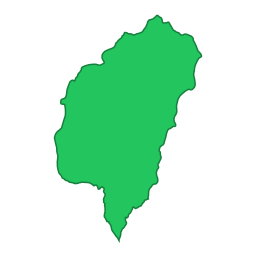 San Juanito, Meta, Colombia (Equal Earth projection)
{"feature_id": "7082276B64905433101217", "entity_name": "San Juanito", "entity_type": "district", "adm_level": 2, "iso_a3": "COL", "parent_name": "Colombia", "parent_adm1": "Meta", "projection": "equal_earth", "projection_center": [-73.664, 4.461], "detail": "fine", "context": "isolated", "style": "filled", "palette": "green", "viewbox_px": 256, "rotation_deg": 0, "n_neighbors": 0, "source": "geoboundaries", "source_scale": "gbopen_adm2", "svg_char_len": 5778}
<svg xmlns="http://www.w3.org/2000/svg" viewBox="0 0 256 256"><path d="M119.6,39.2L117.8,41.0L117.3,41.9L116.7,42.5L116.2,42.8L115.7,43.7L115.0,45.9L114.6,46.5L113.7,47.5L111.0,48.8L108.8,49.5L104.6,51.5L102.9,53.6L102.2,54.9L102.0,57.7L102.6,59.3L103.7,61.3L104.2,61.9L104.2,62.4L104.2,62.8L104.0,63.1L102.8,63.9L100.1,65.2L99.2,65.2L96.4,64.4L94.5,64.2L90.5,64.5L88.4,64.9L85.2,65.8L84.2,66.3L82.8,66.8L81.6,67.8L81.5,68.1L81.4,68.9L81.3,69.7L81.0,70.4L80.2,71.5L79.8,72.2L78.5,73.4L78.0,74.2L77.7,75.4L77.4,76.4L77.0,76.9L76.5,77.1L75.9,77.9L75.2,79.5L75.0,80.5L74.6,81.0L74.4,81.1L73.9,80.9L73.4,80.4L72.2,80.2L70.2,81.5L69.9,82.1L69.5,82.9L68.9,84.6L68.2,86.3L67.1,89.6L66.5,94.5L65.9,96.6L65.6,97.4L64.5,98.3L63.9,98.6L61.8,99.3L61.6,99.5L61.1,100.0L60.8,101.3L60.7,102.5L60.9,103.4L61.0,103.6L61.2,103.8L61.9,104.1L63.7,104.2L64.4,104.4L64.6,104.6L64.9,105.3L65.4,109.3L65.5,112.4L65.3,116.0L64.9,116.8L63.5,121.3L62.8,124.0L62.4,125.0L61.8,127.3L61.4,128.1L60.9,128.7L60.1,129.3L58.9,130.5L57.4,131.5L56.6,132.8L55.7,133.9L55.1,135.5L54.5,137.5L54.6,138.5L54.8,139.5L55.8,144.0L56.4,146.3L56.7,147.6L56.8,149.2L56.8,150.8L57.1,152.7L57.3,153.8L57.7,154.8L57.9,155.9L57.9,156.6L57.8,157.5L57.3,161.6L57.4,166.3L58.0,169.5L58.8,172.4L59.2,173.4L59.6,173.9L61.1,175.4L62.3,177.9L62.5,178.1L64.1,178.8L64.6,179.5L65.9,180.4L66.3,180.6L67.2,180.6L67.8,180.9L69.3,182.1L71.1,182.5L72.7,182.7L73.7,183.2L74.5,183.5L76.7,183.5L78.5,183.1L79.2,182.7L80.6,182.6L81.4,182.1L81.9,182.1L84.6,182.4L85.1,182.3L86.2,182.5L87.2,182.4L87.8,182.6L88.9,182.7L90.0,183.0L91.7,184.0L92.7,184.8L93.2,185.4L93.7,185.7L94.2,185.7L94.6,185.1L94.8,185.1L95.4,185.1L96.2,185.1L96.8,185.6L97.2,185.9L97.3,186.1L97.6,187.0L97.8,187.4L98.1,188.6L98.3,189.1L98.5,189.2L98.8,189.2L99.0,188.9L99.8,188.9L100.1,188.3L100.3,187.5L100.4,187.4L101.0,187.5L101.8,187.0L102.2,187.1L102.6,187.0L103.2,187.9L103.6,188.1L103.9,188.2L104.1,188.4L104.2,188.9L104.2,189.4L103.8,190.2L103.6,191.1L103.6,191.5L103.8,192.2L104.5,193.0L105.0,194.0L105.2,194.8L104.7,196.5L104.4,196.8L103.8,198.4L103.6,199.1L103.5,199.5L103.8,202.5L104.0,202.7L104.6,203.2L104.9,203.7L104.9,204.0L104.6,205.8L105.0,207.3L105.1,208.2L105.0,209.4L105.1,210.6L105.1,211.6L104.4,214.5L104.3,216.1L104.4,216.8L105.4,218.3L106.0,219.6L106.5,220.3L106.6,220.8L106.8,221.5L107.0,221.6L108.6,221.7L109.1,222.1L108.9,222.7L109.0,223.0L110.1,224.3L110.7,225.3L111.1,226.2L111.4,228.1L111.9,230.0L112.5,231.1L112.9,231.5L113.6,232.7L114.4,233.6L115.0,234.6L116.0,236.1L116.8,236.9L117.6,238.0L118.1,238.8L118.8,240.3L119.0,240.6L119.0,240.0L119.3,238.6L119.9,237.5L120.3,236.3L120.7,234.7L120.7,232.6L122.0,229.7L122.3,228.8L122.5,228.5L123.2,228.4L123.6,228.0L125.0,225.9L126.0,224.5L126.3,223.8L126.5,223.2L126.4,222.3L126.1,221.6L125.5,220.8L125.4,220.3L125.5,218.9L125.2,218.1L125.3,217.7L125.6,217.4L126.0,217.2L126.7,217.8L127.1,217.8L127.3,217.7L127.8,217.2L128.1,216.7L128.5,215.0L128.8,214.3L129.2,213.9L130.1,213.2L130.7,212.4L131.3,211.0L132.0,209.8L132.5,208.7L132.6,207.6L133.0,207.1L133.6,207.0L134.8,208.1L135.7,208.5L136.9,207.8L137.5,207.8L138.3,207.1L138.7,206.6L139.6,206.5L140.3,206.1L140.8,205.9L141.0,205.8L142.0,204.4L142.3,203.5L142.8,202.9L143.4,202.7L143.7,202.1L144.1,201.7L144.6,200.3L145.2,200.1L145.9,199.9L148.4,198.9L148.2,198.3L148.0,197.3L148.0,197.0L148.5,195.4L148.6,192.1L148.9,190.5L149.2,189.6L149.6,188.8L150.3,187.8L151.5,186.6L151.9,185.7L152.6,184.8L153.7,184.2L155.1,184.0L156.2,183.7L156.7,183.2L157.0,182.8L157.6,181.7L157.8,181.2L157.8,180.7L157.7,178.7L157.6,178.1L156.9,176.3L156.5,174.6L156.4,173.3L156.4,172.2L157.0,170.2L157.3,169.4L157.9,168.7L158.4,168.0L158.6,167.6L158.6,167.3L158.5,166.9L157.9,165.1L157.9,164.5L158.1,163.9L158.9,162.9L159.4,161.5L160.1,160.3L160.3,159.8L161.0,158.2L161.1,157.9L161.1,157.4L160.4,154.8L160.3,152.6L160.1,151.9L159.2,150.7L159.2,149.9L159.9,147.4L160.2,146.9L161.9,145.4L162.5,145.1L163.1,144.7L163.8,143.8L164.0,143.2L164.8,140.1L165.6,137.7L166.2,134.9L166.8,132.6L167.4,130.8L168.0,129.8L169.0,128.9L170.0,128.6L170.6,128.3L172.3,127.1L173.0,126.4L173.4,126.4L174.7,126.4L175.3,126.2L175.7,125.7L175.7,125.1L175.5,123.9L174.5,122.1L174.2,121.0L174.0,120.1L174.0,118.9L174.2,117.5L174.7,116.3L176.2,113.8L176.7,112.2L176.8,110.7L176.7,109.6L176.5,106.4L176.6,105.2L177.2,102.4L178.1,98.9L180.2,95.6L182.6,93.3L183.6,92.6L184.9,91.4L186.8,90.2L188.6,89.3L189.3,89.4L190.8,89.8L191.7,89.7L192.4,89.3L193.3,88.5L194.2,87.4L194.9,86.2L195.1,84.5L195.1,83.2L194.9,81.4L194.4,78.3L194.0,76.7L193.7,75.1L193.7,73.7L194.2,71.2L194.5,68.4L195.0,66.1L196.0,63.5L196.9,61.6L198.1,59.4L198.8,58.3L199.5,57.8L200.2,57.4L201.2,56.7L201.5,56.2L201.3,55.2L200.8,54.0L199.6,52.5L197.9,50.8L196.2,46.1L195.3,44.2L194.6,42.6L193.5,40.7L193.2,40.0L193.1,38.3L193.0,38.0L192.7,37.6L192.2,37.1L191.4,36.3L190.6,35.9L187.3,34.5L185.8,34.1L184.8,34.1L183.9,34.4L183.3,34.8L182.7,35.0L181.5,35.1L181.0,34.9L180.3,34.4L179.8,33.9L179.2,33.1L178.8,32.9L178.2,32.5L176.8,32.3L175.7,31.6L174.6,30.7L173.5,30.4L173.3,30.1L172.7,29.0L172.3,28.5L171.2,26.3L170.0,24.5L169.7,23.7L168.9,22.5L168.2,22.1L166.2,22.9L164.5,22.9L164.0,23.0L163.3,23.0L163.1,22.9L162.8,22.7L162.6,22.3L162.4,21.8L161.9,19.2L161.6,18.6L161.2,17.9L160.9,17.6L159.6,17.1L159.2,16.8L157.9,15.6L157.0,15.4L156.7,15.5L156.4,15.7L155.7,16.7L152.9,19.0L151.6,19.3L150.1,19.9L149.6,19.8L149.3,19.9L148.9,20.2L148.4,20.7L147.8,21.7L147.2,23.9L146.0,26.6L145.0,28.1L143.8,29.6L142.9,31.1L142.1,32.0L141.6,32.3L140.5,32.7L138.9,33.4L137.2,33.7L136.4,34.0L134.5,34.9L133.2,35.0L132.5,34.4L130.9,33.9L129.7,33.8L128.5,33.9L127.2,33.0L125.9,32.6L124.8,32.5L124.4,32.8L124.2,33.6L123.5,35.0L123.2,35.4L122.8,35.6L122.4,35.7L122.2,36.0L121.6,37.7L121.2,38.1L119.6,39.2Z" fill="#22c55e" stroke="#15803d" stroke-width="1.5"/></svg>